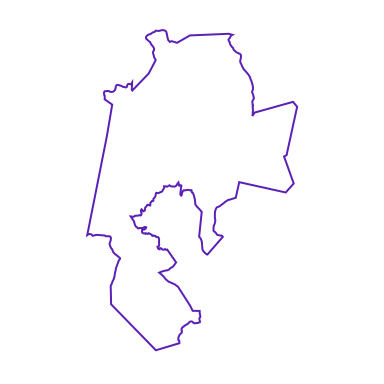 San Miguel Panixtlahuaca, Oaxaca, Mexico (Equal Earth projection), rotated 5°
{"feature_id": "50627088B1667917270930", "entity_name": "San Miguel Panixtlahuaca", "entity_type": "district", "adm_level": 2, "iso_a3": "MEX", "parent_name": "Mexico", "parent_adm1": "Oaxaca", "projection": "equal_earth", "projection_center": [-97.405, 16.226], "detail": "fine", "context": "isolated", "style": "outline", "palette": "violet", "viewbox_px": 384, "rotation_deg": 5, "n_neighbors": 0, "source": "geoboundaries", "source_scale": "gbopen_adm2", "svg_char_len": 5996}
<svg xmlns="http://www.w3.org/2000/svg" viewBox="0 0 384 384"><g transform="rotate(5 192 192)"><path d="M283.0,147.1L289.3,97.9L284.8,93.4L247.5,107.4L246.8,108.7L246.1,109.9L245.5,111.0L245.7,108.7L245.5,106.9L245.7,105.5L244.9,101.4L245.4,100.8L245.1,99.9L244.6,99.4L244.6,98.6L244.5,97.9L244.2,97.0L244.3,96.2L245.0,94.5L245.4,93.8L245.5,93.0L245.2,92.4L244.4,89.7L243.4,87.9L243.1,86.7L243.4,86.0L243.7,84.5L243.7,83.3L243.5,81.8L242.5,78.7L241.9,77.2L241.2,75.7L240.5,74.4L239.7,72.4L237.4,69.5L234.1,66.3L233.2,65.7L232.4,64.4L231.2,62.8L230.0,60.5L228.9,58.8L228.6,57.3L229.0,53.8L229.0,52.3L228.6,51.0L228.1,50.5L225.8,49.5L224.2,49.0L223.1,48.3L222.5,47.6L221.8,47.3L221.0,46.5L220.3,44.8L219.3,44.2L217.4,41.9L216.8,40.9L216.6,39.8L216.4,39.3L215.9,38.8L215.5,38.2L215.1,37.3L215.1,36.9L215.6,36.1L216.4,34.9L217.2,32.9L217.4,32.5L218.5,31.9L214.7,31.2L176.3,36.2L164.1,44.7L158.5,43.5L156.9,44.4L155.1,42.8L154.3,40.8L153.1,36.5L152.8,36.0L152.5,34.9L152.1,34.3L151.6,33.9L150.7,33.5L149.7,33.3L148.7,33.3L147.6,33.5L146.4,33.9L145.9,34.2L144.3,34.5L142.4,34.4L141.7,34.5L140.8,35.8L139.7,36.2L138.7,36.6L137.9,37.4L136.6,38.5L135.9,38.5L135.3,38.8L133.8,39.9L132.8,41.2L132.7,42.3L132.9,43.2L134.3,44.3L135.6,45.3L137.2,46.3L137.5,46.9L138.4,48.3L139.8,49.9L140.4,50.4L141.2,51.5L141.8,52.8L141.8,54.2L141.2,55.1L140.9,56.1L141.1,57.1L141.7,58.5L142.6,61.2L143.7,62.8L144.3,63.5L144.2,64.2L138.5,77.8L123.7,96.1L123.1,95.4L122.9,90.4L122.8,88.1L122.3,89.1L121.4,89.9L120.9,90.1L119.8,89.8L119.1,89.9L118.5,90.5L118.1,91.6L118.0,92.8L117.5,93.4L116.9,93.6L115.4,93.4L114.8,93.1L114.1,93.3L113.3,92.9L111.9,92.3L111.1,92.3L110.7,92.1L109.5,91.8L108.5,91.7L107.4,92.3L107.1,93.2L106.8,94.0L106.8,95.3L106.5,96.4L106.5,97.0L106.0,97.7L105.0,98.7L104.2,99.1L102.8,99.4L101.5,99.3L101.1,98.9L100.4,98.7L99.9,98.9L98.8,98.7L97.7,99.1L96.4,99.2L95.7,100.3L95.7,101.3L95.9,102.4L96.1,103.1L96.6,103.5L96.7,105.0L97.0,106.0L96.9,107.3L104.9,111.9L103.0,135.5L102.3,144.1L91.4,244.1L92.6,243.1L93.4,242.8L94.5,242.8L95.7,243.1L96.4,243.9L97.1,244.3L99.8,243.2L102.9,242.9L105.0,243.0L108.9,242.9L109.8,243.6L111.6,243.4L112.9,243.3L114.6,243.6L115.3,245.0L115.2,247.2L114.8,249.0L114.4,250.6L115.0,252.5L116.1,254.7L117.3,255.9L118.1,257.3L118.8,258.8L120.6,260.5L121.9,261.2L124.5,263.0L126.1,264.2L126.1,264.9L125.4,266.1L124.8,267.5L123.0,274.2L122.2,280.9L122.1,283.0L121.8,284.7L121.5,285.9L120.7,287.8L119.8,291.2L119.3,292.2L119.2,292.6L121.2,310.9L169.8,352.8L192.6,343.7L192.3,341.4L192.0,341.0L191.6,340.9L191.2,340.4L191.2,339.1L191.3,337.4L191.9,335.7L192.8,334.4L194.1,332.9L194.1,331.2L193.7,330.8L193.5,330.0L193.6,329.4L194.1,327.9L197.1,325.2L198.3,324.3L198.7,324.2L199.4,323.7L199.7,323.2L200.9,321.6L201.8,321.1L203.1,321.0L204.0,321.4L204.6,322.1L205.9,322.6L208.3,322.1L208.8,322.1L209.4,321.7L211.0,321.2L211.3,320.7L210.4,317.9L210.4,317.2L210.5,316.7L211.1,316.0L211.2,315.5L210.1,311.4L210.0,309.8L203.0,310.3L200.1,305.5L186.4,287.7L183.0,285.6L179.2,284.2L176.6,283.4L174.5,282.0L173.0,280.8L171.3,278.9L169.9,277.7L168.6,276.7L166.4,275.2L168.6,274.0L172.0,272.7L174.4,272.1L175.8,271.3L177.0,269.8L179.3,268.3L179.9,267.5L182.3,263.5L172.3,251.5L171.3,251.9L170.7,251.7L170.1,251.2L169.7,251.6L168.9,251.9L168.1,252.0L167.4,251.8L166.1,250.8L165.3,250.7L164.8,250.8L164.6,251.5L164.6,251.9L164.1,251.8L163.3,251.4L162.9,250.9L162.6,250.1L162.4,249.4L162.9,249.3L163.4,249.0L163.7,248.6L163.9,247.9L163.9,247.1L163.7,246.3L163.5,244.5L163.4,242.3L163.2,241.5L162.8,240.6L162.2,239.9L161.2,240.1L160.5,239.9L159.7,239.5L159.4,239.0L158.7,239.0L157.1,238.7L156.7,239.2L156.3,239.1L155.3,238.0L152.3,236.8L151.6,237.6L150.9,237.5L150.4,237.3L149.9,237.3L149.5,237.6L149.2,237.1L147.7,237.5L146.9,237.3L146.3,236.7L145.9,236.7L145.6,235.8L145.6,233.8L145.9,233.8L147.1,233.8L147.6,233.6L148.1,233.3L148.8,232.6L149.3,231.9L149.4,231.2L148.8,230.9L148.0,231.0L146.3,232.0L145.5,232.2L144.4,232.4L143.3,232.4L141.5,233.0L139.7,231.6L139.1,231.3L138.6,230.6L138.1,229.8L136.7,226.2L133.1,221.7L136.2,221.7L137.5,220.6L140.0,220.3L141.9,219.6L142.5,219.8L142.8,219.9L143.2,219.6L143.7,218.4L143.3,216.7L143.0,216.3L142.7,215.1L143.0,213.8L143.2,213.6L144.2,214.4L145.1,215.5L145.3,215.5L146.0,215.1L146.5,214.5L146.7,213.5L146.7,211.8L147.1,211.1L147.4,210.9L147.9,210.2L148.2,209.7L148.4,209.0L148.6,208.7L149.4,208.6L150.3,208.9L151.5,209.1L151.6,208.2L151.5,207.5L151.6,206.3L152.2,205.5L152.6,204.9L152.9,204.5L153.4,204.5L154.2,204.2L154.3,203.6L154.1,202.6L154.2,202.1L155.0,201.0L155.4,200.6L155.7,200.2L155.9,199.2L156.1,197.1L156.2,196.4L156.6,195.9L157.0,196.0L157.7,196.1L159.1,195.8L160.4,194.9L161.1,194.9L162.3,193.8L164.0,190.0L163.6,188.8L164.7,188.6L165.2,188.6L166.8,188.9L169.0,187.3L170.3,188.1L172.1,188.3L172.8,188.1L173.9,188.2L174.9,187.8L175.4,187.4L176.1,186.5L176.5,185.5L177.7,183.7L178.5,186.6L179.5,186.3L179.8,186.8L180.3,186.5L180.7,186.1L180.9,185.7L180.9,187.0L180.6,188.3L180.7,189.8L180.6,192.1L180.6,194.6L180.6,195.5L181.4,196.5L181.8,196.5L181.9,196.1L182.0,195.2L182.5,192.7L183.0,191.6L183.5,191.0L183.9,190.9L184.4,191.1L185.0,190.9L185.7,190.9L186.6,190.4L188.1,190.2L188.6,190.2L189.4,190.5L190.0,190.5L190.4,190.3L191.1,190.2L191.5,190.4L191.7,191.9L191.9,192.4L192.8,192.7L194.1,195.0L194.7,196.8L195.5,199.1L195.7,200.1L196.0,201.8L196.2,203.0L196.6,204.4L198.2,206.2L200.6,208.2L202.2,209.7L203.0,210.7L203.4,210.9L203.0,235.9L204.5,237.4L205.3,238.7L206.1,240.7L207.4,248.1L207.9,249.0L208.3,249.7L209.8,251.2L211.5,252.5L212.1,252.5L212.4,252.9L212.8,253.0L226.6,234.0L226.1,233.4L225.1,232.8L224.1,232.9L222.8,232.8L220.7,232.4L218.8,230.1L217.8,229.5L217.2,229.3L216.7,228.4L216.7,227.1L216.5,225.2L216.8,223.6L217.4,221.4L217.7,219.5L217.7,217.9L217.2,216.6L216.9,214.5L216.6,209.8L216.9,208.1L217.5,206.1L218.1,205.1L219.3,204.6L220.8,203.7L224.6,200.3L225.8,199.0L228.8,196.7L230.1,196.4L236.1,193.9L238.2,178.1L285.4,184.3L292.6,174.7L280.6,148.6L283.0,147.1Z" fill="none" stroke="#5b21b6" stroke-width="2"/></g></svg>